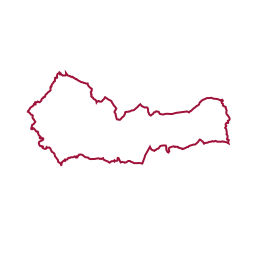 outline of Sozoranga, Loja, Ecuador, rotated 288°
{"feature_id": "8360857B65989855164186", "entity_name": "Sozoranga", "entity_type": "district", "adm_level": 2, "iso_a3": "ECU", "parent_name": "Ecuador", "parent_adm1": "Loja", "projection": "orthographic", "projection_center": [-79.77, -4.3], "detail": "fine", "context": "isolated", "style": "outline", "palette": "rose", "viewbox_px": 256, "rotation_deg": 288, "n_neighbors": 0, "source": "geoboundaries", "source_scale": "gbopen_adm2", "svg_char_len": 5770}
<svg xmlns="http://www.w3.org/2000/svg" viewBox="0 0 256 256"><g transform="rotate(288 128 128)"><path d="M159.3,46.5L159.7,45.6L158.9,45.5L157.7,44.3L155.4,44.3L154.0,45.1L153.8,45.0L153.4,43.4L152.9,43.1L151.9,43.7L150.9,43.6L150.1,44.0L149.7,43.8L149.0,43.1L147.9,43.0L145.9,42.2L144.7,42.1L143.8,42.5L143.6,42.4L143.3,41.7L142.8,41.6L140.1,42.7L139.3,42.4L136.9,40.7L135.7,40.3L134.4,39.4L133.6,39.2L132.4,39.4L131.8,39.3L131.2,38.1L130.4,38.2L129.3,37.1L128.5,36.9L127.3,37.1L125.8,36.4L125.2,35.9L125.0,35.4L125.3,34.0L124.5,33.5L124.2,33.1L124.0,32.0L123.8,31.7L123.5,31.7L123.3,32.1L122.7,32.5L121.8,32.8L121.5,32.2L121.6,31.2L120.6,31.1L119.8,30.9L117.0,28.8L114.4,28.3L113.2,27.7L112.5,27.7L112.1,29.8L110.8,31.4L110.7,33.1L110.5,33.5L110.1,33.8L109.3,33.7L108.1,34.1L107.4,35.0L107.1,35.9L106.2,36.6L105.7,37.4L105.3,37.9L105.0,37.9L102.3,36.9L101.5,36.0L101.1,35.9L97.3,36.2L97.1,36.8L97.2,37.3L97.8,37.6L98.6,37.7L98.6,38.2L97.1,40.9L96.3,41.8L96.6,42.7L96.6,43.4L96.1,43.9L95.2,44.0L94.4,44.8L93.6,45.4L92.7,47.4L91.5,47.0L91.1,47.3L91.0,48.2L91.9,49.4L92.0,49.8L91.8,50.6L91.5,50.8L90.8,50.9L90.3,50.7L88.4,48.8L87.9,48.2L86.8,47.7L85.9,47.9L84.1,49.3L83.7,50.1L84.1,51.6L84.2,52.6L84.1,52.8L82.9,52.6L82.7,52.9L82.5,54.0L82.5,55.8L82.9,56.3L83.3,56.5L84.7,56.5L84.4,57.6L85.1,59.1L84.7,60.3L82.0,62.7L81.7,63.4L81.5,64.8L80.5,66.2L78.6,67.3L75.9,71.2L74.2,72.1L73.8,73.8L73.0,75.2L72.1,75.9L72.2,76.0L73.5,75.9L74.8,75.6L75.6,76.2L77.0,76.8L77.2,77.2L77.1,77.9L77.2,78.3L77.5,78.3L78.2,77.8L78.6,77.8L78.8,78.3L78.7,79.1L79.2,79.8L79.5,80.1L80.4,80.2L81.2,80.7L81.5,81.1L81.5,81.9L82.5,82.7L83.2,84.8L84.4,86.0L84.4,86.4L83.8,87.6L83.9,88.0L84.9,87.5L85.1,87.6L85.2,88.0L84.6,88.4L84.6,88.8L85.7,89.2L86.5,89.2L87.1,89.8L87.6,89.8L88.1,91.0L88.4,92.9L87.8,94.1L87.0,96.5L87.4,98.0L87.3,99.0L87.5,99.5L86.8,100.6L86.8,101.8L88.3,106.0L89.1,107.3L90.0,109.3L90.1,110.2L89.9,110.7L90.3,111.4L90.2,112.2L90.9,112.7L91.6,113.6L90.4,114.6L90.1,116.2L89.9,119.5L89.3,121.0L89.7,121.5L91.3,122.6L91.5,123.3L92.1,124.4L92.4,124.6L92.3,125.0L92.7,125.1L92.2,125.6L93.0,125.8L92.9,126.4L93.6,127.8L94.5,128.0L96.0,127.4L96.5,127.7L96.4,128.4L94.6,130.0L93.0,131.7L93.9,132.9L94.2,134.8L94.0,135.7L94.3,136.3L96.8,138.6L97.2,140.0L96.7,141.6L96.8,142.3L96.5,144.9L98.4,150.3L98.6,152.6L105.7,152.9L106.9,152.7L116.9,154.7L116.4,155.1L114.7,157.0L114.4,160.1L115.0,160.3L115.8,161.4L116.4,161.5L117.5,162.5L117.6,162.9L117.9,163.3L120.9,164.3L122.3,166.9L123.0,169.3L121.9,170.2L120.5,170.6L118.8,171.4L118.2,172.0L118.0,172.5L117.3,173.1L117.2,173.9L117.8,173.9L118.3,174.5L118.6,174.5L120.1,173.5L121.2,173.1L122.4,173.8L122.6,174.2L123.5,175.1L124.7,177.1L124.7,177.6L124.4,178.4L124.5,178.7L125.0,179.0L125.1,180.0L125.5,181.1L125.4,181.5L124.9,181.9L124.8,182.4L125.1,183.2L124.9,183.9L125.1,184.8L124.7,186.1L125.3,186.5L125.2,187.0L126.8,188.9L128.0,189.9L128.5,191.1L129.4,191.4L129.8,191.7L132.3,195.1L132.9,196.6L133.2,197.1L136.1,198.8L138.7,199.6L139.2,199.9L139.2,200.4L138.1,203.4L136.6,205.1L137.5,205.9L138.0,206.7L138.3,207.6L139.0,208.6L139.8,209.3L140.6,211.2L141.6,212.2L141.6,212.8L141.5,213.5L142.9,215.5L142.6,216.2L142.7,217.7L143.3,219.3L143.4,219.9L143.7,220.7L144.4,221.7L144.3,222.1L144.5,222.5L144.4,223.0L144.7,223.8L144.9,226.6L144.6,227.6L144.5,228.3L145.4,227.6L147.6,227.6L147.6,226.0L148.0,225.6L148.5,225.4L149.2,225.8L150.6,225.3L151.1,225.2L152.1,224.4L152.2,223.9L152.5,223.6L153.8,223.6L157.5,221.6L157.8,221.3L158.0,220.5L158.3,220.3L160.3,220.9L161.2,219.8L162.0,219.7L163.4,220.2L163.6,221.4L163.9,221.6L164.4,221.6L165.7,220.8L166.5,221.6L167.2,221.9L167.8,221.9L168.6,221.6L170.0,220.2L170.4,219.4L170.9,219.0L171.4,217.9L171.8,217.4L173.2,216.6L175.2,216.4L176.3,215.4L176.7,215.3L177.2,214.7L178.2,214.4L178.3,213.9L178.3,212.5L178.7,211.3L180.3,210.8L180.7,209.6L182.0,208.7L182.6,209.5L183.2,209.8L183.9,208.9L182.9,207.0L183.2,204.4L182.7,201.8L182.3,200.2L182.5,198.6L182.4,197.7L181.6,196.1L181.1,194.4L180.6,193.5L179.6,192.6L178.1,190.7L177.3,190.2L176.8,189.5L176.2,189.4L174.5,188.4L172.7,188.3L171.8,188.1L169.6,186.1L168.8,185.8L167.0,184.4L163.9,182.8L162.8,181.7L161.7,181.2L162.0,179.1L157.6,169.8L156.4,167.7L155.6,166.7L154.8,165.3L153.5,160.4L152.9,159.1L151.9,157.7L151.4,155.8L151.3,153.7L151.7,153.3L152.7,152.5L152.9,151.4L152.6,150.8L152.6,149.8L152.4,149.4L151.3,148.8L151.0,148.0L148.8,147.2L147.8,146.3L146.9,145.8L147.4,144.2L147.9,143.6L148.7,143.2L149.4,142.3L150.4,141.9L152.7,140.9L153.4,140.0L153.4,139.5L152.7,137.7L152.8,136.5L153.1,134.3L154.4,132.4L152.9,131.4L151.1,130.7L146.9,128.1L146.3,127.2L145.8,126.1L144.6,124.9L144.3,124.3L143.8,123.9L143.7,123.2L143.3,122.7L142.5,120.7L142.0,120.5L140.7,120.7L139.4,120.6L138.1,120.3L137.4,120.0L136.6,119.3L134.1,118.3L133.2,117.7L133.2,116.6L132.8,115.3L132.8,115.1L133.1,114.5L136.1,112.5L137.6,111.9L138.7,110.4L139.3,110.1L142.8,110.9L144.3,109.0L144.9,107.8L147.5,104.7L148.5,103.9L149.1,100.4L150.2,96.7L147.9,96.1L146.6,95.3L145.1,94.8L144.4,93.5L144.5,92.5L144.4,92.3L144.6,91.8L144.6,91.5L143.6,90.5L142.6,90.2L143.9,89.5L144.8,88.2L144.9,87.9L144.8,87.2L145.2,86.0L145.6,85.5L146.1,85.3L146.3,84.0L146.8,83.2L147.2,83.1L148.1,83.2L148.4,82.6L149.0,82.6L149.4,82.3L149.9,82.2L150.5,81.5L152.5,82.0L153.5,81.6L153.8,81.2L154.2,81.2L154.4,80.1L155.6,77.6L156.8,76.4L157.8,75.9L157.3,74.4L157.4,73.0L157.2,71.7L157.5,70.9L157.2,69.4L157.7,67.0L157.9,65.3L158.3,64.8L158.5,64.0L158.6,63.6L158.3,63.0L158.7,62.3L159.1,60.4L159.5,59.6L159.5,59.4L159.1,59.1L159.3,58.7L159.1,57.5L159.4,57.1L159.3,56.4L159.4,55.9L159.3,55.1L159.4,54.4L161.1,52.1L159.9,52.6L158.8,52.5L158.5,52.0L158.3,50.9L157.7,49.9L157.7,49.6L158.0,49.1L158.1,47.8L159.0,47.3L159.1,47.1L158.6,46.7L159.3,46.5Z" fill="none" stroke="#9f1239" stroke-width="2"/></g></svg>